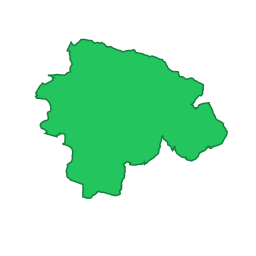 Carjiti, Hunedoara, Romania (Natural Earth projection), rotated 193°
{"feature_id": "2599482B6366449837479", "entity_name": "Carjiti", "entity_type": "district", "adm_level": 2, "iso_a3": "ROU", "parent_name": "Romania", "parent_adm1": "Hunedoara", "projection": "natural_earth1", "projection_center": [22.817, 45.851], "detail": "fine", "context": "isolated", "style": "filled", "palette": "green", "viewbox_px": 256, "rotation_deg": 193, "n_neighbors": 0, "source": "geoboundaries", "source_scale": "gbopen_adm2", "svg_char_len": 5735}
<svg xmlns="http://www.w3.org/2000/svg" viewBox="0 0 256 256"><g transform="rotate(193 128 128)"><path d="M155.9,50.7L155.4,50.9L152.7,50.4L150.9,50.7L148.4,51.5L148.1,51.8L147.4,54.2L145.7,55.3L144.3,57.0L143.6,58.2L143.7,58.8L143.5,59.3L140.9,59.5L138.9,59.3L137.7,59.8L136.8,59.8L133.4,59.5L131.0,59.6L128.7,59.1L127.3,59.4L125.6,59.2L123.5,59.9L122.9,60.6L122.4,60.7L121.3,61.4L120.7,62.1L121.4,63.1L121.3,63.8L122.1,64.5L121.9,64.8L121.9,65.1L121.6,65.2L121.5,65.9L120.6,66.6L120.7,67.0L121.0,67.1L121.1,67.4L120.8,68.5L121.4,69.1L121.2,69.5L121.5,69.6L121.7,69.9L121.6,70.3L121.8,70.5L121.4,70.9L121.4,71.4L121.7,71.9L121.8,72.5L122.1,72.8L122.0,73.3L122.2,73.9L121.8,74.4L121.7,75.2L121.8,76.0L120.6,78.3L120.5,79.3L120.7,80.2L120.5,80.6L121.2,81.8L121.3,82.2L121.1,82.9L121.0,84.2L121.1,84.6L121.0,85.0L121.5,85.7L121.4,86.4L122.3,88.2L122.3,88.4L121.8,88.7L121.8,89.2L122.9,89.9L123.6,90.8L123.9,91.4L124.2,91.5L124.2,92.0L122.6,93.2L121.6,94.9L118.6,94.8L117.8,94.6L117.5,94.3L118.3,93.7L118.3,93.2L117.7,92.8L117.0,92.8L112.6,93.5L110.3,94.7L105.8,96.0L104.9,96.9L104.9,97.1L105.1,97.3L104.5,98.2L104.5,97.5L104.0,97.5L103.9,96.9L103.6,96.5L103.5,96.8L103.3,96.8L102.3,97.7L101.4,98.7L100.8,100.3L97.9,103.1L95.9,105.3L94.6,107.5L93.1,109.4L92.7,110.4L92.7,112.1L93.0,112.9L92.9,113.4L93.1,113.5L93.2,114.0L93.3,114.3L92.6,115.4L92.5,116.1L92.6,118.0L92.9,118.3L93.2,119.0L92.7,123.6L93.1,127.0L92.8,127.2L92.6,128.1L92.2,128.0L91.0,125.6L90.4,124.9L88.6,124.4L87.2,123.7L86.1,122.6L85.9,122.2L85.7,121.2L85.3,120.6L84.8,120.4L83.3,120.2L82.1,119.5L81.3,118.4L80.9,117.2L80.6,116.8L80.7,117.1L80.4,117.2L80.0,116.5L79.8,116.5L80.0,117.3L79.7,117.2L79.6,117.4L79.2,116.3L79.1,116.5L78.9,117.1L79.1,117.8L78.8,117.9L78.6,118.3L78.6,120.2L78.0,120.4L77.9,119.4L77.7,119.1L76.9,117.0L76.3,116.1L74.5,114.2L72.0,113.0L70.9,112.7L70.0,112.0L67.0,111.8L65.2,112.2L64.8,111.8L64.8,112.4L64.6,112.4L64.6,111.8L64.8,111.1L64.4,111.1L63.6,110.4L62.1,110.2L60.6,110.4L59.2,110.2L58.5,110.3L57.4,111.5L56.3,111.9L55.0,113.2L53.3,116.0L53.1,116.6L53.1,118.3L52.7,119.6L52.3,120.1L52.2,120.7L51.4,120.6L50.5,121.7L49.2,122.5L47.9,123.7L47.1,124.9L46.8,126.4L46.2,126.5L46.2,126.9L45.6,127.3L45.5,127.9L45.7,128.2L45.3,128.3L44.8,127.9L44.6,128.2L44.1,128.2L43.7,127.3L43.4,127.0L43.6,126.7L43.2,126.6L42.4,127.0L42.5,127.2L42.4,127.4L41.1,128.3L41.0,128.8L40.4,129.4L39.5,129.7L36.4,131.4L34.7,132.9L33.7,133.4L33.2,133.9L32.7,135.0L32.3,137.2L31.7,139.4L30.5,142.4L30.6,143.0L30.3,143.8L30.5,144.6L30.6,147.0L32.1,147.9L32.5,148.3L32.4,148.7L32.5,149.0L35.3,151.3L36.2,152.7L35.9,153.1L35.9,153.5L36.8,153.8L37.4,154.6L38.2,154.6L39.5,155.2L40.2,155.1L41.6,155.7L42.9,155.8L44.7,157.0L45.8,158.9L47.3,160.5L47.9,161.5L49.0,162.1L49.2,162.4L49.3,163.7L50.1,165.0L51.1,166.0L51.5,166.6L52.6,167.5L52.9,168.2L53.3,168.4L53.6,168.9L54.1,168.9L54.2,169.1L54.1,169.5L54.7,169.9L55.0,170.4L54.9,170.8L60.0,168.9L63.3,167.0L64.0,166.3L64.0,165.6L64.4,164.6L65.1,163.4L66.0,163.1L66.1,162.9L66.0,162.6L67.2,162.7L66.8,162.2L66.8,161.9L68.1,162.6L69.7,163.9L69.4,164.3L70.4,165.0L70.6,164.9L71.7,165.2L71.5,165.5L70.5,166.1L70.0,166.7L69.9,167.5L69.3,168.0L69.0,170.3L68.5,171.4L67.0,173.8L66.2,175.5L65.7,175.8L64.0,175.9L63.1,177.9L63.1,178.6L63.7,181.2L63.3,182.0L64.0,184.8L64.1,186.3L64.4,187.1L68.1,188.1L70.4,188.4L71.5,189.1L73.6,189.1L74.4,189.7L75.2,190.5L75.8,190.7L77.7,190.9L81.5,188.9L82.5,188.7L84.3,189.3L85.2,189.9L86.3,190.1L87.5,190.0L89.1,189.6L90.1,190.9L90.7,191.4L90.8,191.7L90.9,192.8L91.7,194.0L94.0,193.8L95.2,193.3L98.6,193.3L100.6,194.4L101.7,194.8L102.6,195.4L103.9,197.3L105.4,198.4L105.9,199.7L106.5,200.4L108.1,200.9L109.3,201.7L109.8,202.4L112.0,202.1L114.8,202.6L116.1,203.1L118.4,203.2L120.0,203.5L120.9,203.5L123.0,202.2L123.5,202.5L125.8,203.0L128.7,202.9L129.3,203.3L130.2,203.4L131.0,203.8L132.4,203.4L136.9,203.3L137.8,203.7L139.0,205.3L139.8,205.6L141.5,204.8L142.0,204.3L144.4,203.6L145.1,203.7L148.3,202.1L149.0,201.5L151.2,201.1L152.9,201.8L155.5,201.5L156.0,201.5L158.3,202.3L160.4,202.4L163.2,203.5L164.1,203.1L164.5,202.7L166.4,202.6L166.6,202.2L167.5,202.9L169.7,204.1L170.1,204.6L173.4,205.3L174.2,204.0L175.6,204.4L177.0,204.6L179.2,203.2L180.8,203.6L182.3,204.7L183.8,205.0L186.0,204.4L187.5,204.6L190.6,204.4L192.3,204.1L193.8,203.5L195.3,200.4L196.5,199.3L197.4,197.6L198.8,196.3L200.3,196.7L201.3,197.4L202.7,198.8L203.2,196.1L203.1,195.9L203.5,195.3L203.9,193.0L204.5,191.0L204.5,189.5L203.1,189.7L203.3,189.7L202.9,189.6L202.7,189.9L201.8,189.6L202.0,187.8L201.4,186.3L200.6,185.1L200.3,183.3L199.8,181.4L198.5,180.5L197.9,179.4L196.6,177.7L197.4,175.9L197.8,174.3L197.8,173.2L197.5,171.5L196.6,169.8L197.8,169.3L198.5,168.6L199.4,168.3L200.4,166.9L200.9,165.8L202.0,165.2L203.3,164.8L209.0,164.2L213.2,162.6L217.3,161.6L217.2,161.3L216.7,161.6L211.4,160.3L212.7,158.7L212.1,157.5L218.8,151.7L221.5,152.5L222.6,149.8L223.1,149.4L225.7,141.5L225.0,141.4L224.9,139.8L223.7,139.4L225.1,138.0L223.6,136.5L220.0,137.2L218.5,137.0L216.8,137.4L214.2,137.6L210.9,135.6L208.3,132.1L207.3,128.9L207.4,126.9L209.7,125.3L209.7,123.8L208.6,121.7L207.6,118.7L207.6,118.2L207.9,117.9L212.1,115.3L213.9,112.9L214.2,111.4L214.0,110.7L212.2,108.2L210.2,108.2L208.7,107.7L206.4,106.2L206.0,105.3L207.4,104.1L195.2,103.5L195.7,104.7L193.1,106.2L193.6,106.9L193.6,107.4L191.6,107.5L190.1,107.9L188.6,107.7L187.4,106.6L187.4,105.9L186.1,99.3L187.8,98.1L187.3,97.3L185.8,97.7L180.9,96.9L178.6,95.7L178.0,95.1L176.4,92.6L176.3,91.8L176.3,91.1L175.9,89.0L176.2,88.6L175.3,85.8L175.3,83.8L175.9,81.7L177.0,81.0L178.9,78.4L178.2,77.5L178.3,75.0L178.6,72.4L177.1,69.0L176.8,67.7L175.9,66.3L174.3,65.8L172.9,65.0L172.6,64.5L159.1,62.9L156.4,50.6L155.9,50.7Z" fill="#22c55e" stroke="#15803d" stroke-width="1.5"/></g></svg>